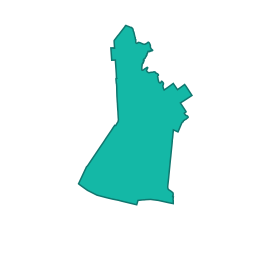 the district of Malu, Giurgiu, Romania, rotated 58°
{"feature_id": "2599482B97919449751722", "entity_name": "Malu", "entity_type": "district", "adm_level": 2, "iso_a3": "ROU", "parent_name": "Romania", "parent_adm1": "Giurgiu", "projection": "natural_earth1", "projection_center": [25.787, 43.81], "detail": "fine", "context": "isolated", "style": "filled", "palette": "teal", "viewbox_px": 256, "rotation_deg": 58, "n_neighbors": 0, "source": "geoboundaries", "source_scale": "gbopen_adm2", "svg_char_len": 4809}
<svg xmlns="http://www.w3.org/2000/svg" viewBox="0 0 256 256"><g transform="rotate(58 128 128)"><path d="M149.1,199.5L150.1,199.2L155.8,196.9L159.4,195.4L168.5,189.9L175.3,183.5L180.0,178.9L184.2,174.4L186.9,171.9L197.7,161.3L194.7,157.9L196.8,153.5L197.8,151.8L198.0,151.2L200.5,146.7L205.5,140.6L212.8,133.2L216.1,129.7L213.2,127.9L212.5,127.7L210.9,126.4L210.5,126.3L209.9,126.6L209.7,126.5L209.6,126.4L209.6,126.1L209.4,126.0L209.5,125.8L209.4,125.8L208.8,125.3L208.3,124.9L207.7,124.6L207.1,124.3L206.7,124.3L206.4,124.3L206.0,124.5L204.7,124.9L201.8,126.2L201.5,126.2L201.3,126.3L201.1,126.3L200.5,126.2L200.0,126.0L199.5,125.8L198.5,125.2L197.2,124.2L191.9,120.0L190.3,118.8L177.7,109.1L174.4,106.5L170.5,103.5L165.1,99.3L164.3,98.7L164.0,98.5L162.6,97.4L161.9,97.0L159.9,95.3L153.6,90.5L157.8,87.7L157.5,87.2L155.6,84.5L154.6,83.1L153.4,81.4L153.1,81.0L152.8,80.5L152.3,79.8L152.1,79.4L152.0,79.2L151.9,78.9L151.9,77.9L151.3,77.3L151.3,77.1L151.2,76.6L151.3,76.3L151.3,76.1L151.1,75.3L151.1,75.2L151.3,74.5L151.3,74.1L151.2,73.6L151.1,72.9L151.0,71.9L150.9,71.7L150.9,71.4L150.5,71.2L150.2,71.1L149.9,71.1L148.7,71.5L148.0,72.2L147.8,72.4L147.1,72.4L145.4,72.5L145.2,72.4L145.1,70.2L144.9,70.1L144.6,70.1L139.6,70.2L134.5,70.3L134.5,66.1L134.4,61.1L134.3,56.5L123.1,56.7L122.8,56.8L122.6,56.8L121.1,56.9L121.4,60.6L121.7,65.7L114.8,66.0L114.2,66.0L114.7,72.6L114.7,72.8L114.9,77.2L113.4,77.0L113.1,77.0L112.3,76.7L111.6,76.5L110.9,76.1L110.4,75.9L110.3,75.7L110.2,75.4L110.1,75.2L109.0,74.3L108.8,74.2L108.5,74.2L107.9,74.2L107.3,74.3L106.7,74.4L106.4,74.5L106.2,74.6L106.1,74.9L106.2,75.0L106.3,75.3L106.8,75.9L107.0,76.2L107.0,76.4L107.0,76.6L106.9,76.8L106.8,77.0L106.4,77.3L105.8,77.4L105.6,77.5L104.9,77.4L104.0,77.2L103.8,77.0L102.6,76.7L101.3,76.0L100.8,75.9L100.4,75.8L99.9,75.6L99.6,75.3L99.5,75.0L99.4,74.4L99.3,74.2L99.2,74.1L98.9,74.0L98.6,74.0L97.8,74.2L97.5,74.3L97.0,74.7L96.7,74.8L96.6,75.1L96.1,75.3L95.9,75.3L95.5,75.2L95.2,75.2L95.1,75.3L94.9,75.4L94.5,75.7L94.2,76.1L94.0,76.5L93.9,77.1L93.8,77.4L93.7,77.7L93.3,78.3L93.2,78.6L92.8,79.3L92.4,80.6L92.2,80.9L92.0,81.2L91.7,81.4L90.8,81.8L90.6,81.9L90.3,81.9L89.8,81.9L89.5,81.9L89.1,81.8L88.8,81.6L88.7,81.5L88.2,80.6L88.0,80.3L87.6,79.6L87.4,79.4L87.2,79.3L86.9,79.4L86.8,79.5L86.7,79.7L86.7,79.9L86.7,80.7L86.7,81.2L86.7,81.6L86.7,82.1L86.7,82.8L86.8,83.3L86.9,83.9L86.9,84.6L86.8,84.8L86.7,85.1L86.2,85.5L85.0,84.8L83.7,84.0L83.2,83.6L82.7,83.1L82.1,82.7L81.5,82.3L81.4,82.1L81.2,81.8L81.1,81.7L81.2,81.4L81.0,81.1L80.9,81.0L80.9,80.7L80.6,80.6L80.7,80.4L80.5,80.1L80.3,80.0L80.2,79.9L80.1,79.6L79.9,79.6L79.8,79.4L79.6,79.1L79.5,79.4L79.4,79.4L79.2,79.4L79.1,79.2L78.8,78.9L78.7,78.9L78.4,78.8L78.4,78.7L78.1,78.3L78.0,78.2L78.1,77.9L78.2,77.7L78.0,77.2L77.9,77.0L77.9,76.6L77.8,76.3L77.5,76.0L77.2,75.4L76.9,74.9L76.8,74.5L76.6,74.4L76.5,74.1L76.2,74.0L76.2,73.7L76.2,73.4L75.8,73.0L75.6,73.0L75.4,72.8L75.2,72.7L75.1,72.3L74.9,72.2L74.8,71.9L74.7,71.6L74.4,71.3L74.1,71.1L74.0,70.8L73.9,70.6L73.9,70.3L73.8,70.2L74.1,70.0L74.3,69.7L74.2,69.5L74.2,69.4L74.5,69.4L74.5,69.2L74.7,68.9L74.6,68.5L74.7,68.3L74.6,68.2L74.8,67.9L74.8,67.7L74.7,67.6L74.8,67.5L74.8,67.3L74.9,67.2L75.2,67.0L75.2,66.9L75.3,66.6L75.2,66.4L75.0,66.0L75.0,65.9L74.6,66.0L73.2,66.4L72.9,66.4L72.5,66.4L71.9,66.3L70.8,65.9L69.7,65.2L69.0,65.1L68.6,65.1L68.4,65.0L67.0,64.9L66.6,65.0L66.2,65.2L66.0,65.3L65.9,65.4L66.0,65.9L66.1,67.1L66.1,67.5L66.0,68.3L66.1,68.7L66.0,69.0L65.9,69.3L65.4,70.1L64.9,70.6L64.6,70.9L63.8,71.4L63.4,71.7L62.3,72.4L61.6,73.0L61.2,73.5L61.0,73.8L61.0,74.1L60.9,74.1L61.0,74.8L61.0,75.3L60.9,75.7L60.8,75.8L60.4,76.1L60.2,76.1L59.6,76.0L59.4,76.0L58.1,75.2L57.7,74.9L57.5,74.7L57.4,74.8L57.2,74.8L56.6,74.7L56.1,74.5L55.7,74.2L55.3,74.0L54.9,73.9L54.3,73.8L53.9,73.7L53.1,73.4L51.4,72.8L50.6,72.5L50.0,72.3L48.8,72.1L48.4,72.1L47.1,71.5L46.7,71.4L46.3,71.4L45.7,71.4L44.8,71.8L44.7,71.8L44.7,72.0L44.2,72.3L43.6,72.8L42.1,73.8L41.7,74.2L41.0,74.7L40.4,75.2L40.1,75.3L39.9,75.4L40.1,76.5L40.3,76.6L43.4,85.0L44.1,86.8L44.2,87.4L46.4,93.2L46.6,93.5L46.9,93.7L48.7,94.7L53.2,97.1L52.9,97.5L52.6,98.0L52.4,97.8L51.0,100.1L61.9,105.9L63.7,102.7L66.2,104.1L67.4,104.7L75.3,108.9L79.2,111.1L79.7,111.3L79.8,111.3L79.6,111.7L79.6,111.8L79.7,112.0L79.8,112.1L80.5,112.5L83.6,114.1L84.1,114.3L84.4,114.3L84.6,114.4L87.4,115.9L88.0,116.3L89.5,117.2L95.3,120.6L96.6,121.3L97.9,122.0L100.3,123.3L100.7,123.5L101.3,123.8L101.7,124.0L102.7,124.6L103.5,125.0L103.8,125.2L107.1,127.0L108.9,127.9L111.5,129.4L112.3,129.8L113.7,130.6L116.0,131.8L116.2,132.0L116.6,132.4L117.3,133.0L118.2,134.8L119.4,137.1L118.7,137.8L119.0,138.5L119.8,140.4L121.2,143.3L123.5,148.5L125.0,151.9L126.6,155.3L127.5,157.3L128.8,160.3L135.8,176.0L138.4,181.8L138.8,182.9L138.9,183.3L138.9,183.7L149.1,199.5Z" fill="#14b8a6" stroke="#0f766e" stroke-width="1.5"/></g></svg>